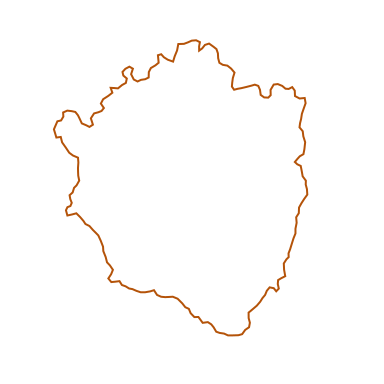 Ritápolis, Minas Gerais, Brazil (Robinson projection), rotated 170°
{"feature_id": "56859067B14285827347631", "entity_name": "Ritápolis", "entity_type": "district", "adm_level": 2, "iso_a3": "BRA", "parent_name": "Brazil", "parent_adm1": "Minas Gerais", "projection": "robinson", "projection_center": [-44.372, -20.976], "detail": "fine", "context": "isolated", "style": "outline", "palette": "amber", "viewbox_px": 384, "rotation_deg": 170, "n_neighbors": 0, "source": "geoboundaries", "source_scale": "gbopen_adm2", "svg_char_len": 2877}
<svg xmlns="http://www.w3.org/2000/svg" viewBox="0 0 384 384"><g transform="rotate(170 192 192)"><path d="M153.7,334.6L157.1,331.6L160.4,330.0L159.7,334.2L158.2,338.2L161.6,340.7L166.0,341.1L169.9,340.1L174.2,339.3L179.8,340.1L182.1,334.0L185.5,328.6L188.0,323.7L192.9,326.5L196.3,329.6L198.4,333.0L201.8,332.6L202.1,328.9L202.4,325.1L206.0,323.1L211.0,321.2L213.7,317.6L214.8,312.3L218.5,311.2L222.8,311.3L226.4,310.3L229.8,312.9L231.5,318.6L228.8,323.7L231.9,326.3L236.2,324.9L239.6,322.3L239.4,318.6L236.5,315.1L238.2,310.9L242.3,309.5L246.9,306.9L250.6,307.9L254.0,308.7L253.2,303.6L257.7,301.2L263.4,298.8L266.4,294.9L264.2,290.0L267.0,287.5L270.4,286.8L274.8,286.4L278.8,282.1L277.9,275.5L281.7,273.9L284.6,276.1L288.6,278.7L290.0,284.0L291.0,287.4L293.0,291.1L296.4,292.5L300.7,293.8L305.1,292.7L305.6,288.6L308.5,285.2L312.3,285.0L314.8,281.2L317.1,277.7L316.6,273.5L316.1,269.2L311.7,269.0L311.3,263.4L308.5,257.5L306.1,252.0L302.9,248.6L298.3,245.6L298.8,240.7L300.1,235.5L300.7,231.6L301.2,227.8L301.1,222.8L304.5,218.6L307.4,216.6L309.6,212.3L313.1,210.1L313.1,206.1L312.3,202.2L314.2,199.3L317.3,198.7L319.3,195.9L318.8,190.5L314.1,190.7L309.6,191.1L306.5,186.7L303.9,182.3L302.5,179.0L298.9,176.3L296.1,171.7L293.9,168.6L291.8,165.5L290.3,159.7L289.1,153.6L289.6,149.2L288.3,142.9L287.9,137.5L285.6,134.0L283.4,129.1L285.9,125.1L289.4,121.4L287.1,117.3L283.2,117.0L278.9,116.8L277.2,112.6L273.7,110.6L270.7,107.9L267.5,106.7L263.9,104.3L260.0,102.2L255.7,101.4L250.4,101.4L246.5,101.9L244.3,96.7L240.6,94.2L236.6,93.1L233.4,92.7L229.1,92.2L224.7,89.4L220.9,84.0L218.6,79.7L215.4,77.5L214.4,72.9L211.4,68.4L207.4,67.8L204.2,61.3L199.0,61.1L196.0,58.3L194.2,55.0L192.4,50.2L189.2,48.4L185.0,47.0L181.4,44.5L176.6,43.7L171.1,42.9L167.3,43.3L163.5,47.0L159.3,48.9L157.7,53.2L158.1,58.0L157.2,63.4L152.3,66.2L147.9,68.8L143.9,72.1L141.0,75.3L137.9,77.9L135.5,81.7L132.1,84.6L128.2,83.1L126.3,79.6L123.3,81.8L123.5,86.5L122.5,90.3L119.1,91.6L114.8,92.9L114.8,99.5L114.0,105.7L110.7,109.3L108.1,111.1L107.6,114.8L105.3,118.6L102.8,123.5L100.1,128.7L97.3,133.2L96.5,137.8L94.3,143.5L93.8,149.0L90.5,152.6L89.3,158.1L86.2,161.9L82.8,165.6L78.9,169.4L78.3,174.9L78.7,179.6L77.9,183.4L80.3,188.2L80.3,193.5L80.4,198.8L83.5,201.0L85.5,203.7L82.3,206.4L79.6,208.5L75.7,209.9L73.9,214.6L71.9,221.4L72.7,227.5L72.4,232.6L74.9,237.0L73.6,241.1L71.9,244.9L70.2,249.9L67.2,255.3L64.7,259.7L64.7,265.0L69.8,265.4L73.9,268.6L73.2,274.0L75.1,277.9L78.9,276.7L82.0,277.5L84.7,280.8L88.8,283.4L92.9,283.6L96.9,278.9L97.7,273.7L100.5,271.7L104.5,272.6L107.5,275.7L107.3,280.8L108.3,285.0L111.5,286.8L115.1,286.4L120.3,286.0L125.4,285.7L129.2,285.7L132.8,285.4L134.4,288.9L133.4,292.7L132.0,297.1L129.4,302.2L132.0,306.7L135.2,310.3L139.6,311.9L142.6,314.5L143.0,319.2L142.4,324.1L143.1,328.5L145.6,331.3L149.4,335.2L153.7,334.6Z" fill="none" stroke="#b45309" stroke-width="2"/></g></svg>